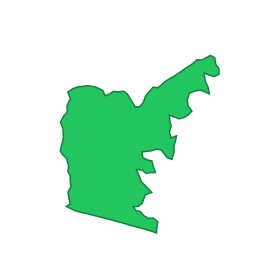 Jardinópolis, Santa Catarina, Brazil, rotated 199°
{"feature_id": "56859067B41532106575458", "entity_name": "Jardinópolis", "entity_type": "district", "adm_level": 2, "iso_a3": "BRA", "parent_name": "Brazil", "parent_adm1": "Santa Catarina", "projection": "equal_earth", "projection_center": [-52.883, -26.726], "detail": "fine", "context": "isolated", "style": "filled", "palette": "green", "viewbox_px": 256, "rotation_deg": 199, "n_neighbors": 0, "source": "geoboundaries", "source_scale": "gbopen_adm2", "svg_char_len": 1523}
<svg xmlns="http://www.w3.org/2000/svg" viewBox="0 0 256 256"><g transform="rotate(199 128 128)"><path d="M66.8,38.0L68.3,42.8L69.3,49.1L74.5,51.0L79.8,49.1L85.0,50.5L89.3,53.0L93.5,52.5L97.4,55.2L92.5,57.4L90.1,61.3L89.9,70.4L84.6,74.8L91.7,78.5L97.6,81.4L102.2,86.8L106.5,91.6L101.0,92.8L96.1,91.0L92.5,93.1L87.5,94.8L91.3,99.5L94.7,104.6L99.4,104.1L104.4,104.8L107.0,110.0L102.4,112.2L98.3,114.1L94.6,117.0L89.8,118.1L85.6,115.6L81.4,112.7L76.3,112.7L76.6,120.4L78.7,125.7L78.9,131.0L79.6,136.4L84.0,132.7L87.4,137.4L87.8,143.8L90.8,148.5L93.2,153.5L88.0,153.5L82.8,153.3L78.4,156.2L75.3,160.1L73.1,164.9L78.4,168.4L81.0,173.7L81.4,180.8L76.7,184.8L72.3,187.3L67.0,187.3L62.2,186.7L65.5,192.5L70.3,197.5L73.9,204.7L69.1,204.4L63.5,204.6L59.4,208.4L61.4,213.7L65.6,216.6L68.9,222.7L73.7,223.5L76.8,220.0L80.4,216.3L84.8,215.1L88.3,209.2L93.7,202.3L97.5,197.0L100.8,192.5L104.6,188.5L108.3,183.5L112.5,176.0L117.6,174.7L120.0,168.9L121.8,163.6L122.0,156.7L124.0,151.8L128.1,150.3L139.9,160.1L144.1,161.3L149.0,159.1L153.8,157.8L156.5,154.1L160.1,151.1L163.9,155.2L168.6,155.9L173.2,156.2L179.7,154.9L184.3,152.7L188.5,150.8L192.8,147.5L196.6,142.5L192.0,136.9L192.9,129.1L190.6,123.1L192.8,118.1L193.8,111.5L189.2,106.3L185.7,97.3L185.2,89.7L184.5,84.1L181.1,81.5L176.1,79.1L171.8,72.8L170.6,67.2L167.0,64.0L165.5,59.2L162.8,54.2L163.8,47.9L161.1,42.5L158.0,37.4L160.7,33.7L150.4,32.5L134.9,34.0L117.5,35.4L105.8,36.2L92.1,36.9L81.2,37.7L72.1,38.1L66.8,38.0Z" fill="#22c55e" stroke="#15803d" stroke-width="1.5"/></g></svg>